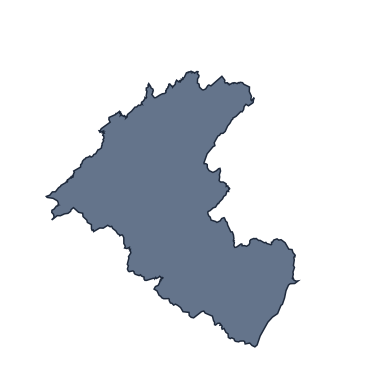 San Juan Nepomuceno, Bolívar, Colombia, rotated 23°
{"feature_id": "7082276B34881548257448", "entity_name": "San Juan Nepomuceno", "entity_type": "district", "adm_level": 2, "iso_a3": "COL", "parent_name": "Colombia", "parent_adm1": "Bolívar", "projection": "equal_earth", "projection_center": [-75.086, 9.989], "detail": "fine", "context": "isolated", "style": "filled", "palette": "slate", "viewbox_px": 384, "rotation_deg": 23, "n_neighbors": 0, "source": "geoboundaries", "source_scale": "gbopen_adm2", "svg_char_len": 5963}
<svg xmlns="http://www.w3.org/2000/svg" viewBox="0 0 384 384"><g transform="rotate(23 192 192)"><path d="M174.3,73.8L168.0,86.9L165.7,86.9L165.0,87.9L164.3,91.8L162.5,93.7L161.5,93.9L158.0,92.6L156.3,89.9L154.4,89.6L152.9,85.7L153.3,83.4L152.8,81.9L150.8,81.1L150.5,78.9L149.4,79.2L147.9,81.6L146.8,81.1L145.6,82.0L145.7,81.3L143.9,81.2L143.7,82.0L142.9,82.2L141.9,83.5L141.7,83.1L140.3,84.5L140.1,89.5L139.6,90.5L139.0,90.5L139.6,91.8L138.1,92.3L138.7,93.2L138.2,93.7L138.2,95.2L137.6,95.2L137.7,93.6L136.9,94.9L137.3,95.1L137.0,95.8L134.1,95.1L134.0,97.9L134.5,99.3L133.2,103.1L132.7,102.2L132.1,102.6L129.3,101.2L128.5,102.0L129.1,103.1L129.0,105.1L129.5,105.6L128.9,105.2L129.0,106.2L128.3,107.2L128.7,108.8L128.3,109.1L129.1,110.6L128.3,112.0L126.3,113.2L124.3,115.6L121.8,119.3L120.5,119.9L117.0,118.0L117.0,115.7L116.5,114.8L116.9,114.1L115.9,112.6L113.4,112.1L112.8,111.1L109.8,109.1L109.7,110.8L110.8,111.3L110.4,111.6L110.5,112.8L109.3,114.2L110.2,116.4L111.1,116.7L112.3,121.6L113.2,122.5L113.0,123.6L111.8,123.5L112.2,124.1L111.7,127.3L110.6,128.9L110.6,129.6L111.7,130.6L110.9,130.5L110.9,132.0L110.4,132.6L108.8,132.9L107.9,135.3L106.3,136.2L104.8,141.2L102.5,145.5L102.4,146.7L103.0,148.2L102.3,149.7L102.2,148.9L101.4,148.9L101.5,148.3L100.7,148.6L100.8,149.3L100.0,148.2L99.2,149.2L98.1,148.5L96.9,149.2L96.6,148.4L96.2,149.3L96.0,148.1L95.1,147.9L95.5,147.3L94.9,146.3L94.4,146.6L94.3,146.1L94.1,146.8L93.7,146.2L92.0,149.3L91.3,149.5L91.4,150.5L86.5,155.8L87.2,157.8L89.4,159.7L83.7,169.2L83.5,171.6L82.6,171.9L84.0,173.0L86.5,170.6L86.4,172.3L87.5,171.5L87.3,172.2L88.1,172.3L87.5,173.1L87.7,174.8L88.7,174.8L89.9,176.7L89.6,178.6L90.7,179.5L90.2,182.4L91.0,184.1L90.8,184.8L91.4,186.8L89.9,189.3L89.0,189.7L88.4,194.4L86.9,195.9L86.8,197.4L85.9,199.0L84.6,199.3L83.9,198.8L83.0,200.4L81.0,201.9L80.7,203.3L80.0,204.0L79.2,206.4L79.5,209.0L78.8,210.2L79.7,212.6L74.9,218.9L76.1,220.0L75.8,221.0L76.6,224.8L76.1,225.2L75.5,224.5L75.5,225.9L74.7,225.5L74.5,226.9L73.8,227.2L73.5,228.6L72.6,229.3L73.2,230.7L72.7,231.0L72.6,230.4L72.4,231.0L72.9,231.5L72.3,231.6L72.2,232.6L68.8,237.1L68.8,238.2L67.5,240.2L66.2,245.1L63.4,246.5L62.3,250.5L59.6,253.0L60.8,253.6L66.6,252.1L71.7,252.8L73.4,254.5L73.7,256.1L74.2,256.1L73.7,256.5L73.8,257.3L72.7,257.9L71.7,261.7L70.2,263.5L70.9,265.6L73.3,266.7L74.6,268.6L74.8,269.8L73.9,271.9L73.9,272.5L77.2,266.4L80.1,265.3L83.2,261.9L86.2,260.1L87.8,257.2L87.6,255.5L89.0,252.7L95.5,255.0L99.7,254.3L101.3,257.2L106.2,259.0L107.6,260.9L112.1,261.3L113.8,265.1L115.0,266.3L115.8,265.5L116.9,266.9L121.1,261.2L124.5,259.9L127.4,255.6L130.2,256.0L131.5,255.0L133.2,256.5L137.2,257.6L139.9,259.5L142.0,259.7L142.5,260.5L144.2,258.8L145.0,258.9L147.1,260.7L149.4,266.1L151.2,267.4L151.9,268.5L151.8,269.9L154.2,269.5L156.0,267.4L156.5,269.1L157.7,268.8L157.7,270.2L158.1,270.0L159.5,271.9L158.8,276.4L159.7,277.3L160.7,283.9L162.3,284.8L162.6,288.1L164.2,289.6L165.3,289.9L168.4,287.7L170.0,288.2L170.3,289.1L171.8,289.9L176.0,289.6L177.0,288.3L178.2,289.1L181.2,289.1L181.8,290.8L183.2,291.7L184.7,291.1L189.8,286.8L191.3,286.0L191.6,286.4L192.0,284.8L193.0,285.5L194.7,283.5L195.1,282.2L196.3,282.3L197.1,283.3L198.3,282.2L198.8,282.4L198.6,283.0L197.1,285.3L197.2,285.8L197.9,285.9L197.3,286.9L197.6,288.1L197.3,291.2L195.3,293.3L195.0,296.2L198.5,296.7L202.1,300.0L203.9,300.2L205.5,301.2L207.7,301.3L212.1,299.3L213.0,299.6L213.5,300.9L215.5,302.6L217.1,302.3L219.3,303.3L220.6,301.7L223.1,301.9L226.6,302.8L230.5,305.7L236.3,304.0L237.7,306.8L240.2,307.7L242.7,307.2L247.6,298.3L249.4,297.0L251.4,298.3L259.3,298.3L262.2,302.1L263.6,303.0L264.6,305.3L265.7,305.3L266.9,302.9L268.8,301.9L269.7,302.3L269.8,303.7L271.1,303.0L272.2,303.9L272.3,305.3L273.4,306.5L274.8,305.1L278.0,307.9L280.6,308.5L282.3,311.7L284.5,312.0L285.5,310.7L288.1,310.8L289.3,312.2L290.7,312.4L293.5,311.7L294.6,310.4L297.6,309.0L298.8,309.1L300.3,311.1L304.2,308.5L307.2,309.8L310.4,310.0L311.7,307.4L311.0,297.8L312.7,282.2L314.9,275.8L318.3,270.5L318.2,261.6L319.1,260.1L318.6,253.4L317.1,246.1L317.2,239.9L318.3,238.0L322.3,236.1L324.4,232.4L322.9,233.3L320.5,233.4L319.2,232.1L319.2,232.7L318.2,232.4L317.4,228.2L316.2,226.2L315.8,221.4L314.1,220.1L312.7,214.6L311.4,212.7L311.4,211.5L312.0,211.5L311.7,209.9L308.6,208.3L306.6,205.9L303.4,206.8L297.5,202.3L292.6,201.1L290.6,202.4L288.6,201.9L286.0,204.3L285.7,206.7L284.8,207.2L285.7,209.0L285.3,209.7L280.8,210.2L279.7,209.5L278.4,210.5L273.5,209.9L272.4,210.6L269.1,209.7L268.2,210.6L267.2,210.5L264.7,212.9L264.3,214.5L265.1,216.2L265.1,218.2L263.4,220.7L261.4,220.8L259.1,221.9L258.4,220.5L257.5,220.6L254.4,225.5L253.0,226.3L251.3,224.8L250.8,222.1L249.3,221.0L249.8,220.4L248.9,219.9L248.8,218.6L246.9,215.3L244.7,213.0L243.3,213.5L237.7,208.5L236.2,206.2L234.5,205.7L232.1,203.3L231.5,203.1L229.7,204.8L229.2,207.5L226.8,210.3L225.3,209.9L220.5,210.4L218.6,208.0L216.9,207.5L215.4,206.1L214.5,204.6L214.5,203.6L215.9,202.1L217.7,198.3L219.6,196.7L220.2,192.5L221.0,192.3L221.2,190.3L222.8,186.4L222.9,183.7L224.3,181.5L223.8,177.8L225.4,177.2L224.7,176.5L225.4,174.3L224.9,173.9L224.7,174.6L222.6,172.5L221.4,173.4L221.3,172.4L220.5,172.1L220.2,171.1L216.9,170.6L214.3,171.7L212.5,170.9L211.6,167.3L210.4,165.4L210.1,161.6L208.5,159.3L207.4,160.1L206.0,163.1L203.6,165.8L199.4,165.6L196.7,163.8L195.3,160.8L193.6,160.5L192.1,161.2L191.6,160.6L191.0,150.9L193.6,142.2L195.0,140.4L193.2,138.0L194.0,130.3L195.2,129.0L195.6,126.9L197.7,125.8L198.9,123.2L199.0,117.2L200.1,113.6L200.3,110.3L201.0,109.1L200.8,108.0L203.0,105.1L205.5,98.8L206.8,98.7L207.3,96.1L206.6,92.9L207.4,90.2L210.3,90.6L213.0,86.5L213.3,85.7L212.6,83.2L212.6,81.5L212.1,81.3L211.2,84.6L210.6,84.4L209.9,83.5L209.3,80.7L205.5,77.2L203.9,72.9L197.6,72.6L195.8,71.6L193.4,72.2L192.8,73.3L191.9,73.2L191.2,74.6L188.6,74.7L187.7,75.8L187.3,75.4L186.4,76.1L184.4,78.8L183.4,77.8L182.8,78.3L181.8,77.6L180.0,78.7L178.8,77.7L178.6,76.3L174.3,73.8Z" fill="#64748b" stroke="#1e293b" stroke-width="1.5"/></g></svg>